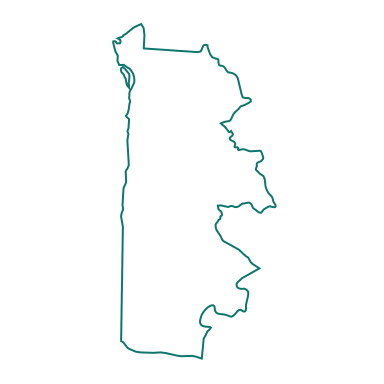 the Province of Bas-Congo, rotated 92°
{"feature_id": "COD-1883", "entity_name": "Bas-Congo", "entity_type": "Province", "adm_level": 1, "iso_a3": "COD", "parent_name": "Democratic Republic of the Congo", "parent_adm1": "", "projection": "natural_earth1", "projection_center": [14.09, -5.165], "detail": "fine", "context": "isolated", "style": "outline", "palette": "teal", "viewbox_px": 384, "rotation_deg": 92, "n_neighbors": 0, "source": "natural_earth", "source_scale": "10m", "svg_char_len": 4653}
<svg xmlns="http://www.w3.org/2000/svg" viewBox="0 0 384 384"><g transform="rotate(92 192 192)"><path d="M259.9,131.0L261.7,129.1L266.0,122.0L276.2,138.7L280.1,142.8L281.1,143.6L282.0,144.0L283.0,144.3L283.9,144.1L284.9,143.8L285.7,143.2L286.4,142.3L286.8,141.2L287.0,140.1L287.1,138.9L286.8,136.7L287.0,135.6L287.5,134.6L288.2,133.6L289.1,132.9L290.0,132.3L291.8,132.2L294.1,132.4L302.8,134.1L306.4,133.9L308.6,134.2L309.5,135.0L309.7,135.9L309.3,137.0L308.0,139.3L308.3,140.7L309.4,142.3L312.9,145.0L314.4,146.7L315.2,148.1L315.1,149.2L313.7,153.5L313.3,155.7L312.9,160.3L312.7,161.5L312.3,162.6L311.6,163.6L310.7,164.3L309.8,164.8L308.9,165.0L305.9,165.5L305.0,166.0L304.5,167.1L304.6,168.5L305.6,170.6L306.7,172.1L308.8,174.3L311.0,176.0L313.6,177.6L315.6,178.4L319.7,179.4L321.7,179.5L322.8,179.2L323.8,178.7L324.7,177.9L325.2,177.2L325.5,176.6L325.8,175.5L326.1,173.3L326.2,170.5L326.3,169.2L326.8,168.5L327.7,168.9L328.6,169.6L330.9,171.8L334.4,173.2L338.2,175.2L358.1,176.4L356.3,182.8L355.8,186.1L356.5,197.3L356.1,200.8L353.9,212.6L353.4,217.7L354.1,225.3L354.1,237.7L353.8,240.6L353.5,242.7L350.9,249.5L350.3,250.5L349.5,251.4L344.7,255.4L343.5,257.6L341.4,257.7L333.9,257.8L326.5,258.0L319.0,258.1L311.6,258.3L304.1,258.4L296.7,258.6L289.2,258.7L281.8,258.8L274.3,259.0L266.9,259.1L259.4,259.3L252.0,259.4L244.5,259.6L237.1,259.7L234.0,259.8L229.5,259.8L219.1,262.0L216.5,261.8L211.4,260.2L207.6,261.0L200.3,260.8L191.7,260.6L190.1,260.4L185.3,258.4L183.4,258.2L173.7,259.0L172.5,258.5L170.5,257.2L167.4,256.1L156.2,257.1L142.7,258.4L136.3,257.6L135.5,257.8L134.0,258.5L133.0,258.5L130.6,257.7L124.1,257.5L121.4,257.5L120.9,257.9L119.2,260.0L118.3,260.7L115.7,259.1L112.3,258.2L105.4,257.5L104.3,256.9L103.0,257.1L100.4,258.1L99.1,258.1L97.7,257.9L95.8,258.1L93.3,257.6L89.5,255.5L88.4,255.2L85.5,253.9L84.2,253.5L81.9,253.5L78.8,254.0L75.8,255.0L73.8,256.4L73.1,256.8L71.3,258.3L70.3,259.9L69.4,261.6L67.3,264.6L67.7,269.1L63.6,271.1L58.3,270.9L54.1,273.5L47.6,275.4L45.4,276.0L44.2,275.9L44.0,274.3L44.3,273.6L46.0,272.4L46.0,270.1L46.0,269.3L45.2,268.8L43.9,268.7L42.5,269.0L42.2,269.8L41.7,270.2L41.1,271.6L40.1,269.6L39.7,267.9L39.4,267.2L39.0,266.7L38.0,266.1L37.7,265.9L36.0,263.3L30.5,257.0L29.0,254.9L25.9,248.7L29.8,246.1L36.8,245.0L44.2,245.1L50.2,245.2L50.5,236.4L50.7,230.3L51.1,218.5L51.5,207.2L51.7,199.1L52.0,191.8L51.4,188.6L50.4,187.8L45.4,185.8L44.9,185.3L44.6,184.4L44.5,183.4L44.5,182.6L44.9,181.6L45.4,181.5L46.0,181.6L46.7,181.5L53.6,178.7L56.6,176.5L57.9,172.9L58.2,171.0L58.9,170.3L62.1,170.0L64.1,169.3L64.7,168.2L64.8,166.7L65.5,164.7L66.8,163.5L70.4,161.0L71.2,159.9L71.4,157.7L71.9,155.6L72.8,153.6L74.2,151.8L76.7,150.2L92.7,145.8L95.6,144.6L96.3,141.9L96.1,138.7L97.5,136.6L99.5,136.4L101.2,138.8L101.9,140.2L103.4,142.7L104.4,145.8L105.2,146.7L107.3,148.3L111.2,152.2L112.7,153.3L117.6,155.4L118.8,156.1L119.6,157.0L120.0,158.1L120.6,161.4L122.4,165.6L123.2,164.8L125.5,161.6L129.7,158.0L130.6,157.5L130.8,156.8L130.5,155.9L129.7,155.1L132.3,153.3L133.3,153.2L134.3,153.7L135.9,155.6L136.9,156.2L137.7,155.9L138.6,155.5L140.4,151.7L142.1,150.5L142.9,150.5L144.7,151.1L145.5,151.0L145.9,150.4L145.7,148.6L146.0,147.6L146.7,147.2L147.3,147.4L148.0,147.5L148.5,146.7L147.4,142.6L147.7,140.5L149.0,136.7L149.3,134.9L148.4,125.7L148.7,124.7L149.6,124.1L154.8,122.0L156.5,122.2L158.3,123.5L159.1,124.7L160.2,127.2L161.1,128.1L161.9,128.3L164.2,128.1L164.3,128.2L166.6,129.0L167.5,128.9L168.3,128.3L169.7,126.4L171.0,125.3L171.2,125.1L171.3,124.9L173.7,121.1L176.8,119.7L183.9,118.7L187.1,117.5L190.1,115.8L193.2,112.7L194.9,111.4L198.6,110.4L202.1,108.1L203.6,108.0L204.1,108.5L204.3,109.2L204.3,110.2L204.1,111.4L203.8,112.8L203.5,113.3L203.5,113.8L204.1,115.2L205.4,117.5L207.0,119.7L209.8,121.8L210.4,122.4L210.1,124.2L209.0,126.1L207.6,127.8L206.7,129.3L205.7,130.5L202.6,132.0L201.3,133.3L200.6,134.7L200.6,135.4L201.2,137.5L201.9,141.2L203.1,142.9L204.3,144.3L205.2,145.8L205.6,148.1L205.4,149.0L204.8,150.7L204.6,151.6L204.6,152.7L205.0,153.6L205.4,154.5L205.7,155.4L204.4,162.8L204.7,165.7L206.2,165.4L207.7,165.1L208.7,164.5L210.4,162.4L211.4,161.8L213.0,161.3L214.5,161.4L215.1,162.4L215.5,162.8L217.2,162.7L217.9,162.8L218.3,163.2L219.0,164.5L219.3,164.7L220.4,165.1L222.9,166.9L223.8,167.3L226.9,167.0L229.4,166.0L234.8,162.1L238.6,160.1L239.9,158.9L240.7,157.5L241.4,156.0L248.1,143.0L254.4,135.8L254.9,134.6L255.6,133.6L259.9,131.0ZM82.6,258.7L84.9,259.1L86.6,258.9L88.1,258.6L89.9,258.6L87.8,260.5L85.5,261.3L80.9,262.3L79.7,263.3L77.2,264.2L74.6,266.7L72.6,267.3L70.8,267.1L69.5,265.4L71.2,263.5L73.6,261.3L76.3,258.9L78.5,258.6L82.6,258.7Z" fill="none" stroke="#0f766e" stroke-width="2"/></g></svg>